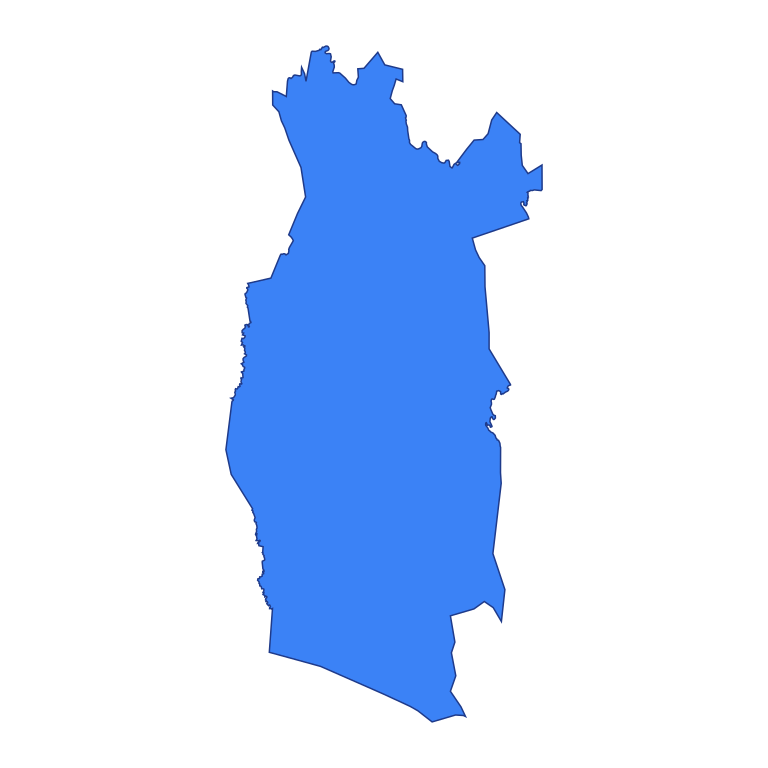 outline of San Miguel Totolapan, Guerrero, Mexico
{"feature_id": "50627088B56335708263076", "entity_name": "San Miguel Totolapan", "entity_type": "district", "adm_level": 2, "iso_a3": "MEX", "parent_name": "Mexico", "parent_adm1": "Guerrero", "projection": "equal_earth", "projection_center": [-100.327, 17.847], "detail": "fine", "context": "isolated", "style": "filled", "palette": "blue", "viewbox_px": 768, "rotation_deg": 0, "n_neighbors": 0, "source": "geoboundaries", "source_scale": "gbopen_adm2", "svg_char_len": 6058}
<svg xmlns="http://www.w3.org/2000/svg" viewBox="0 0 768 768"><path d="M520.2,134.3L496.7,112.5L491.7,120.0L488.1,133.7L483.0,139.5L474.1,140.1L466.6,149.3L456.7,162.5L458.1,162.7L459.0,162.2L459.3,162.7L459.7,162.6L459.6,163.7L457.9,165.3L457.5,165.4L455.5,163.3L454.0,164.4L452.3,167.8L451.9,167.9L450.0,166.5L449.2,161.5L448.5,160.2L446.2,160.4L444.9,162.6L444.0,163.1L441.7,162.7L439.3,161.3L437.8,158.4L437.8,156.1L437.1,154.8L435.6,153.5L432.5,151.8L427.3,146.9L426.4,144.1L426.4,142.4L425.3,141.5L424.2,141.4L422.7,142.4L422.3,143.3L421.8,146.4L421.0,147.7L418.5,148.9L417.2,149.1L415.9,148.7L410.6,144.4L409.5,142.6L409.5,140.2L408.9,138.9L408.4,135.5L407.7,130.9L407.5,127.1L406.3,123.9L405.9,120.8L406.3,120.3L405.5,117.8L406.1,117.1L406.2,115.6L401.3,104.8L394.7,103.8L390.2,98.6L392.3,90.7L394.2,85.5L396.1,79.0L402.8,81.7L402.6,69.3L384.8,64.9L377.8,52.3L364.0,68.3L357.8,68.8L358.4,77.2L356.8,80.4L356.2,83.9L354.8,84.6L353.2,84.8L351.7,84.4L348.9,82.4L345.4,78.1L339.8,73.1L338.5,72.7L333.1,72.9L332.8,71.6L334.3,67.1L334.2,65.0L333.7,63.5L333.8,62.7L334.9,61.6L334.7,60.9L333.7,61.1L332.1,62.4L331.2,62.1L330.5,61.0L331.2,56.8L330.5,53.8L329.2,53.5L326.4,53.7L325.1,52.8L325.2,51.9L325.7,51.3L327.9,50.5L328.8,49.6L329.0,48.3L328.1,46.6L327.1,46.1L325.8,46.1L323.1,47.5L322.4,47.2L320.8,49.7L319.8,49.3L319.2,50.2L318.5,50.5L315.5,51.4L312.1,51.2L311.3,52.1L306.0,81.3L304.6,73.8L301.6,67.3L301.3,71.3L301.4,74.4L300.8,75.5L299.7,75.9L294.8,75.0L293.9,75.6L293.5,75.5L292.6,77.2L291.0,78.5L290.0,77.8L289.1,77.8L288.2,78.5L287.5,81.1L286.3,96.5L277.1,91.8L273.7,91.7L272.6,91.0L272.7,105.0L278.9,111.8L281.4,120.8L284.8,128.0L288.9,140.1L301.0,167.5L305.6,197.0L297.5,213.5L288.7,234.8L291.0,236.9L292.4,238.8L293.3,240.7L289.4,247.5L288.7,249.5L288.9,250.6L288.4,253.4L286.0,254.9L284.8,253.8L283.3,253.8L282.3,254.3L281.1,254.1L280.3,255.2L270.9,278.1L247.7,283.4L248.6,285.0L249.0,286.9L246.8,287.6L246.8,288.3L247.7,289.1L247.8,290.1L246.7,292.4L245.7,293.5L245.2,293.6L245.0,294.4L245.9,297.5L246.6,298.0L245.8,300.1L246.2,301.2L246.0,303.5L247.7,305.5L247.4,307.4L248.0,308.0L250.0,321.2L250.6,321.3L250.9,322.6L249.4,323.3L248.8,324.8L248.6,325.6L249.3,326.4L249.1,326.9L248.5,326.9L248.2,325.7L247.7,325.4L247.9,324.7L246.4,324.5L245.0,325.0L244.9,325.8L245.5,326.5L244.7,328.4L243.4,329.2L242.1,330.6L242.1,332.7L243.6,333.1L242.5,334.9L245.0,335.7L245.1,336.8L243.6,338.6L242.0,338.3L241.2,341.3L242.5,342.4L241.4,345.1L243.2,344.9L244.2,345.7L244.8,345.8L244.8,346.6L243.7,346.8L244.8,348.3L244.5,350.6L245.2,351.5L245.3,352.9L244.5,353.8L246.5,354.9L246.4,355.9L243.8,357.7L243.0,358.9L243.2,360.6L243.9,362.2L241.3,363.8L242.5,364.7L242.6,365.6L243.4,366.7L244.6,367.2L244.7,368.0L244.0,369.4L243.8,371.2L241.4,371.9L241.5,372.4L242.7,373.4L243.0,377.6L241.7,378.1L241.1,377.8L240.9,378.7L241.5,379.4L241.0,381.7L241.8,383.6L241.6,384.0L239.9,383.8L239.6,384.5L240.0,386.4L239.5,386.8L238.2,386.6L237.6,388.6L237.0,389.0L235.6,388.7L235.2,389.9L235.6,391.0L234.8,392.2L235.3,394.2L235.2,395.2L233.5,397.7L231.0,398.2L233.4,399.8L233.2,400.4L232.2,401.1L231.9,402.0L225.9,449.7L231.2,474.4L252.6,508.8L251.9,510.2L253.0,511.1L252.8,512.4L253.6,513.5L255.1,517.6L254.3,519.8L254.3,520.8L254.9,521.9L255.8,522.0L256.4,522.6L256.0,523.6L256.8,525.5L257.0,527.3L257.0,528.1L256.4,529.2L256.6,531.4L255.5,534.3L255.7,534.7L256.3,533.8L256.9,533.8L256.5,536.1L257.0,539.0L256.1,540.5L258.3,540.8L259.5,540.3L260.1,540.5L259.9,541.4L257.9,542.7L257.6,543.4L258.6,543.3L258.9,545.7L263.1,546.7L262.7,552.1L262.3,552.6L263.0,553.0L262.9,554.3L264.1,555.7L263.9,556.7L264.5,557.9L264.7,559.6L264.5,560.2L262.3,561.2L262.2,562.3L262.9,568.9L263.6,569.7L264.1,571.1L263.9,571.5L263.3,571.0L262.8,571.2L262.7,572.4L263.6,573.2L263.6,573.7L262.2,574.2L262.1,576.2L260.6,576.9L259.7,576.9L259.5,578.5L257.9,578.8L257.6,580.3L258.9,581.6L259.1,582.4L259.0,583.3L259.6,583.7L259.8,585.9L260.6,586.0L261.3,586.8L261.7,588.8L263.0,588.7L263.9,589.2L263.8,590.9L263.0,592.5L263.9,592.6L263.9,593.0L263.0,594.5L264.4,595.3L264.8,595.8L264.8,596.8L265.8,596.1L266.8,596.6L266.8,597.6L265.9,598.3L265.5,599.9L266.2,600.4L265.9,601.5L267.2,601.6L267.5,601.9L267.7,602.8L267.0,603.2L266.8,603.6L267.1,604.1L268.6,605.7L269.5,605.0L269.9,605.2L270.4,606.6L269.6,607.8L269.6,608.6L270.4,608.4L271.4,609.0L272.5,608.5L269.3,652.3L320.6,666.4L382.5,693.6L410.2,706.4L417.9,710.8L432.1,721.9L455.6,715.0L463.4,715.5L465.5,716.5L461.0,706.9L450.4,691.3L455.8,675.8L451.4,652.8L454.9,642.1L450.4,615.8L474.0,608.9L484.3,601.5L493.2,607.6L501.4,621.5L504.9,589.6L492.9,553.6L501.2,483.3L500.5,472.8L500.6,447.4L500.2,446.1L499.9,443.2L498.5,440.3L497.2,440.0L496.9,439.0L495.9,437.9L495.1,435.3L493.0,433.0L490.6,431.9L489.7,430.8L488.8,430.3L487.7,427.8L485.8,425.4L485.6,424.2L485.8,423.0L486.4,422.7L487.5,425.2L488.6,425.0L489.5,425.2L490.1,425.9L490.2,426.9L490.6,427.2L491.7,426.8L492.0,426.5L491.8,425.7L489.9,421.6L490.2,418.7L490.5,417.7L491.5,416.8L492.2,416.9L492.5,418.5L493.6,419.5L494.2,419.4L495.4,418.0L495.3,415.7L493.5,415.0L492.8,414.1L490.9,409.7L490.2,407.7L491.5,404.2L491.4,402.3L491.1,401.5L491.3,400.0L492.1,398.9L493.8,399.4L494.4,399.1L495.3,396.9L495.6,395.4L496.2,394.1L496.7,391.2L498.7,390.6L500.6,391.6L500.6,393.6L501.0,394.3L501.6,394.4L502.3,393.6L503.1,393.9L505.5,392.1L507.5,391.2L508.4,390.4L508.8,389.5L508.5,388.5L507.4,388.3L507.3,387.5L508.0,386.2L508.7,385.6L510.5,385.0L510.5,384.5L489.1,348.9L489.1,332.5L485.0,286.8L484.8,265.7L479.2,257.6L475.5,249.8L472.3,238.1L528.8,218.8L528.4,217.1L526.5,213.0L522.2,206.5L521.4,205.7L520.8,203.9L520.9,203.0L521.3,202.1L523.4,201.7L523.9,203.1L523.8,204.6L524.3,205.2L525.2,205.3L525.5,205.7L526.3,205.6L527.1,203.8L526.5,202.9L527.3,201.7L526.8,200.7L527.8,200.3L527.7,198.5L528.2,197.9L527.7,197.6L528.3,196.1L527.9,195.4L528.0,192.9L527.2,192.3L528.0,191.7L529.9,191.0L530.3,190.4L532.4,190.5L534.3,189.9L541.1,190.6L542.1,189.5L542.0,165.0L528.0,173.6L522.3,165.4L521.2,155.1L521.0,143.7L519.6,142.7L520.2,134.3Z" fill="#3b82f6" stroke="#1e3a8a" stroke-width="1.5"/></svg>